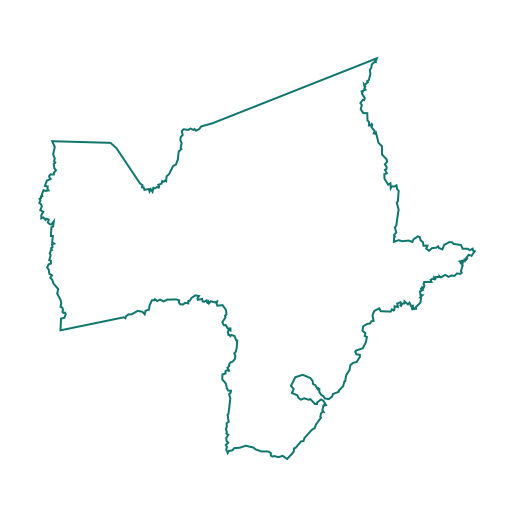 Remedios, Antioquia, Colombia (Mercator projection), rotated 2°
{"feature_id": "7082276B29490927626625", "entity_name": "Remedios", "entity_type": "district", "adm_level": 2, "iso_a3": "COL", "parent_name": "Colombia", "parent_adm1": "Antioquia", "projection": "mercator", "projection_center": [-74.552, 6.983], "detail": "fine", "context": "isolated", "style": "outline", "palette": "teal", "viewbox_px": 512, "rotation_deg": 2, "n_neighbors": 0, "source": "geoboundaries", "source_scale": "gbopen_adm2", "svg_char_len": 6056}
<svg xmlns="http://www.w3.org/2000/svg" viewBox="0 0 512 512"><g transform="rotate(2 256 256)"><path d="M48.4,148.4L51.1,154.1L49.7,161.4L51.5,165.7L50.9,168.3L52.1,169.6L50.6,171.1L51.5,175.5L53.1,177.3L51.2,179.8L51.1,181.6L47.7,181.7L46.6,183.0L46.5,184.2L48.1,186.2L44.3,188.0L42.6,193.4L45.4,193.8L45.2,196.1L46.3,197.7L43.2,198.3L41.4,197.6L39.9,201.8L40.4,203.7L39.0,203.9L39.1,205.8L37.7,206.4L38.6,208.2L37.6,210.6L39.5,211.9L40.2,214.1L38.8,217.7L41.9,219.3L40.0,222.8L40.1,225.9L42.1,224.9L44.4,227.4L45.2,226.0L47.6,226.8L46.8,229.8L48.9,231.5L50.4,231.6L52.7,228.4L52.2,233.6L50.5,234.5L50.3,243.2L52.3,243.0L51.8,249.4L53.8,250.7L51.7,251.4L52.3,254.3L50.9,255.4L51.7,257.0L51.0,257.0L49.8,260.5L50.7,262.7L49.5,267.3L51.2,268.0L51.3,270.7L49.0,271.6L47.7,274.8L49.3,276.8L50.1,281.0L52.8,282.4L51.2,285.0L53.1,286.7L54.6,290.7L59.5,296.0L58.6,300.4L62.2,306.7L63.0,310.1L62.4,313.5L64.1,314.2L65.1,316.7L64.4,318.6L65.5,319.6L67.1,319.2L67.9,320.7L66.7,324.4L63.3,325.4L63.2,337.1L125.9,321.9L127.6,322.7L128.3,320.6L130.6,318.9L133.8,318.6L139.6,315.0L144.3,315.7L146.8,318.1L147.5,314.6L150.9,313.3L151.3,309.4L153.5,303.9L156.1,303.7L156.6,302.7L158.7,304.5L161.8,302.9L165.2,304.7L168.7,302.7L177.7,302.2L180.8,303.0L180.4,305.0L182.1,307.0L185.0,306.9L186.5,305.4L190.0,305.7L190.0,303.3L191.4,303.0L193.0,300.2L196.7,297.5L200.4,298.0L199.0,300.5L199.4,301.8L203.7,300.9L204.3,303.3L205.9,303.5L208.2,302.1L208.8,304.3L209.4,304.6L210.0,303.4L210.6,305.0L212.4,302.8L216.7,303.8L218.7,302.8L218.2,304.7L219.1,307.0L224.3,306.3L227.8,310.9L228.3,313.2L228.4,315.6L227.1,316.7L227.6,318.4L224.7,323.4L225.4,324.9L226.5,326.4L228.2,326.1L230.3,329.4L233.0,329.3L233.1,331.3L231.4,330.5L230.5,333.2L231.2,335.8L232.3,335.7L233.1,337.0L234.2,335.8L237.2,336.6L239.2,340.9L240.2,341.1L239.9,348.6L239.1,352.5L237.7,354.0L238.9,356.7L238.4,359.8L236.5,362.3L234.2,363.2L232.9,365.5L233.1,366.9L231.4,368.6L233.6,372.4L232.7,371.4L230.4,371.4L229.5,372.2L229.7,374.5L226.6,375.5L226.6,380.5L230.4,384.6L231.4,389.0L233.0,391.5L235.7,391.5L235.4,393.5L233.9,394.9L235.3,399.3L234.0,414.6L233.1,415.8L234.5,422.6L232.5,424.1L232.8,427.7L231.9,429.9L233.0,432.9L232.6,434.4L234.6,435.7L232.6,438.7L233.0,441.9L234.8,443.6L232.4,445.9L233.6,447.9L233.0,450.5L234.6,453.9L235.7,451.7L239.1,451.1L240.9,448.8L246.4,448.2L252.4,446.0L260.4,447.6L262.1,449.2L268.4,451.2L275.1,450.9L277.7,452.4L277.8,454.9L279.4,455.9L281.1,455.3L285.5,456.2L289.6,454.8L294.2,457.8L300.5,450.4L300.8,446.9L302.2,446.4L307.4,439.8L309.9,439.3L310.8,436.2L318.1,427.5L320.6,426.1L321.7,422.5L326.6,415.2L325.9,414.1L326.5,411.0L328.0,409.3L328.9,409.5L327.7,407.7L328.7,402.9L329.4,402.1L329.6,403.1L331.2,402.6L328.5,398.4L326.1,397.1L322.3,400.1L322.1,401.8L320.1,401.9L315.4,397.2L313.4,397.8L309.2,396.5L305.8,398.0L303.3,396.2L302.2,393.8L296.6,391.6L298.3,387.7L295.5,384.6L299.5,375.8L306.8,373.1L314.5,376.1L316.8,378.6L317.5,381.9L319.7,383.0L321.8,386.2L322.6,385.9L322.7,387.1L323.9,386.8L324.0,389.8L326.4,392.9L328.3,393.7L329.9,396.0L333.8,396.5L337.0,393.8L337.7,391.3L343.4,388.8L343.5,387.6L347.6,383.1L348.7,378.3L349.5,378.0L350.3,371.9L353.4,366.8L354.2,361.6L357.0,359.3L360.2,358.5L363.3,353.3L363.2,351.1L359.8,350.8L358.5,348.2L359.3,347.0L365.9,344.5L368.9,338.2L369.6,333.0L367.5,332.1L368.0,329.3L365.0,326.9L365.6,322.4L369.5,320.0L372.3,319.5L373.5,317.3L375.7,316.8L374.5,311.1L376.2,306.7L381.1,304.0L382.5,306.8L392.5,306.9L393.7,304.6L395.4,305.7L396.1,305.2L396.3,301.4L399.6,302.1L398.8,298.6L402.0,297.1L402.9,298.5L402.0,300.3L402.7,300.8L403.9,298.6L405.8,298.2L406.0,296.1L409.5,299.0L411.0,297.3L412.6,300.5L414.5,300.2L414.3,301.5L415.9,302.9L413.7,302.6L414.1,303.9L417.7,303.0L417.4,301.7L421.9,296.9L422.5,292.5L421.4,291.8L423.7,289.4L421.7,289.2L421.2,285.7L423.8,284.3L422.0,283.0L423.0,281.5L424.0,282.8L424.5,282.2L425.3,279.5L424.4,278.4L425.0,276.1L432.3,275.8L431.4,273.8L433.1,272.6L434.9,273.0L434.8,271.2L436.1,272.3L436.4,270.7L439.9,270.6L439.9,269.6L441.4,270.9L445.9,268.3L449.1,270.1L452.5,268.6L455.0,269.0L457.5,266.4L460.9,266.7L462.2,265.5L461.3,263.9L462.9,258.3L461.1,255.9L460.0,256.0L461.8,254.9L460.2,254.2L462.4,253.6L463.0,254.8L463.3,253.4L464.8,253.9L464.7,252.2L465.9,252.7L467.1,251.1L466.2,250.5L468.5,247.4L471.4,248.3L474.4,243.6L472.8,243.1L472.2,241.1L469.6,242.7L467.3,241.4L462.2,241.5L460.5,237.9L452.9,237.0L451.6,235.5L448.8,235.4L443.6,238.3L442.0,242.9L438.7,241.7L437.7,240.0L435.6,241.5L431.8,241.9L428.6,244.7L425.8,242.6L427.0,239.7L423.0,239.9L422.4,236.5L419.8,234.3L419.1,231.4L417.0,230.7L412.7,234.0L411.8,236.5L408.1,235.3L401.5,236.1L397.9,235.2L393.3,237.0L393.4,232.3L394.2,231.8L393.1,230.3L395.3,227.6L393.8,222.6L395.1,220.9L396.9,204.6L394.8,197.8L395.9,196.3L396.3,185.9L394.8,184.3L393.9,180.5L392.0,181.7L389.2,181.6L388.3,183.5L387.8,178.7L385.6,180.1L381.7,174.2L381.4,169.7L383.9,168.8L381.9,165.4L383.2,164.7L383.5,162.5L381.6,159.9L383.8,157.2L383.1,154.8L378.4,150.2L378.1,142.0L374.5,138.7L371.6,128.6L370.9,129.6L369.4,129.4L370.1,126.8L367.0,123.3L367.6,120.8L367.0,120.0L365.5,121.6L364.3,121.6L364.4,118.3L362.7,116.6L362.2,109.4L358.2,109.4L355.5,105.7L356.5,101.5L355.0,99.6L357.2,96.3L358.5,96.5L359.2,94.4L356.3,90.2L357.0,87.9L356.0,88.1L355.8,87.8L359.5,86.0L358.4,84.9L359.3,82.9L358.4,82.4L358.0,80.5L358.7,81.2L361.7,78.4L361.0,77.4L362.6,76.3L364.0,70.0L363.2,66.2L364.7,63.8L365.0,60.5L367.5,58.1L368.9,58.1L368.1,55.8L369.2,56.2L369.9,54.2L207.5,125.0L196.8,128.4L194.7,131.2L191.7,132.8L190.0,131.3L189.1,132.2L186.1,130.9L184.0,132.3L179.2,131.9L177.5,133.7L178.5,137.7L176.6,139.7L176.3,142.7L177.8,145.8L176.9,150.6L177.7,151.8L175.1,154.2L174.6,162.0L172.8,167.4L170.0,169.0L166.3,177.2L163.9,179.5L163.5,184.4L162.4,183.8L161.3,185.0L159.7,184.3L159.1,187.0L155.9,188.2L156.9,190.3L156.4,191.1L154.6,190.5L152.5,192.0L151.0,191.5L150.3,195.4L148.5,192.8L147.4,195.2L146.6,192.8L142.2,193.8L141.3,191.3L139.7,191.3L140.1,189.2L137.5,187.5L112.7,153.0L106.6,148.0L48.4,148.4Z" fill="none" stroke="#0f766e" stroke-width="2"/></g></svg>